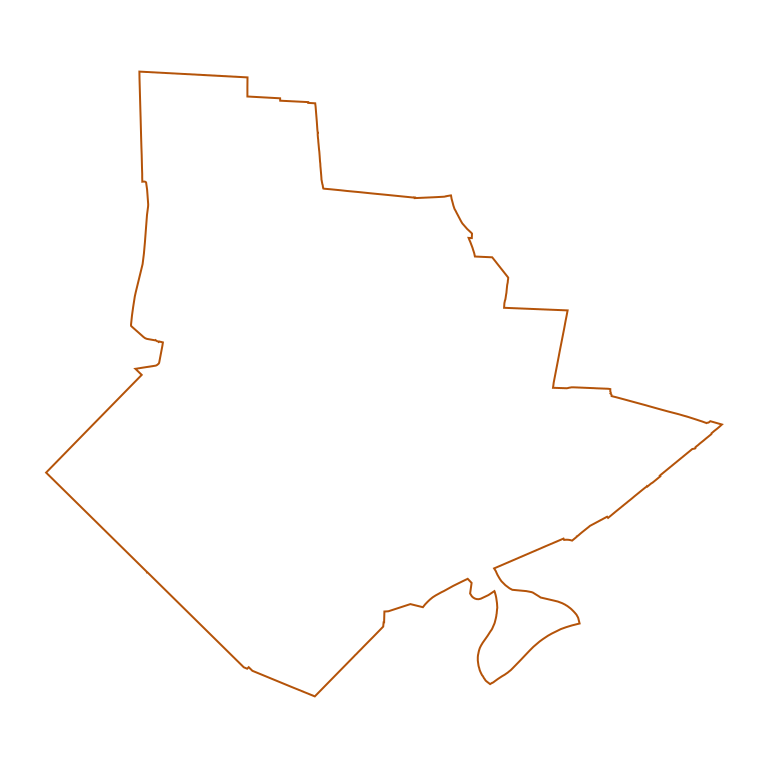 outline of Waddinxveen, Zuid-Holland, Netherlands
{"feature_id": "6326949B29533481095238", "entity_name": "Waddinxveen", "entity_type": "district", "adm_level": 2, "iso_a3": "NLD", "parent_name": "Netherlands", "parent_adm1": "Zuid-Holland", "projection": "orthographic", "projection_center": [4.655, 52.044], "detail": "fine", "context": "isolated", "style": "outline", "palette": "amber", "viewbox_px": 768, "rotation_deg": 0, "n_neighbors": 0, "source": "geoboundaries", "source_scale": "gbopen_adm2", "svg_char_len": 5986}
<svg xmlns="http://www.w3.org/2000/svg" viewBox="0 0 768 768"><path d="M142.3,181.7L143.1,181.6L143.8,181.6L144.6,181.6L145.3,181.8L146.0,182.3L146.1,182.5L147.1,189.6L148.2,204.5L148.1,206.4L147.0,214.9L146.0,228.0L144.9,242.5L143.9,253.7L142.6,264.1L138.8,279.7L135.7,292.4L134.8,296.5L133.1,307.4L132.0,315.4L131.0,324.9L131.1,325.9L132.0,326.8L143.5,337.0L144.2,337.5L145.0,338.1L145.9,338.5L147.0,338.9L155.5,340.4L155.6,340.2L157.1,341.2L157.7,341.4L158.7,341.5L159.0,341.5L159.0,341.9L159.6,341.7L160.6,341.8L162.9,342.4L162.4,345.7L159.4,361.5L159.1,362.9L158.7,363.6L157.2,364.9L156.1,365.5L155.3,365.7L135.4,368.8L141.7,374.9L117.4,399.7L93.4,424.2L46.1,472.6L64.9,491.1L147.1,572.1L146.9,572.3L146.9,572.5L147.0,572.6L147.3,572.5L147.5,572.4L187.4,611.7L243.8,667.3L247.2,668.7L248.7,667.2L252.4,670.8L291.2,686.8L314.8,696.4L353.9,656.5L355.4,654.9L356.3,654.1L358.3,652.0L361.3,649.0L363.6,646.6L370.9,639.2L372.9,637.2L380.5,629.4L383.2,626.6L383.6,622.3L384.1,622.3L384.4,611.5L388.3,611.3L410.4,604.1L422.9,607.2L425.1,604.4L427.6,601.8L429.9,599.6L432.7,597.3L435.7,595.4L441.5,592.2L443.8,591.1L453.2,585.9L461.7,581.7L467.7,578.8L471.6,582.9L470.1,593.5L471.9,596.4L473.4,597.7L475.0,598.6L476.7,599.1L478.6,599.2L480.8,598.7L488.4,595.1L494.4,591.1L494.6,591.5L494.9,592.4L495.2,593.6L495.6,594.9L496.2,597.6L496.5,599.7L497.0,603.2L497.1,604.8L497.3,607.9L497.2,608.4L497.1,608.9L496.8,612.0L496.7,613.1L496.7,613.5L496.4,614.8L496.4,615.1L496.3,616.0L495.8,618.4L495.4,620.0L494.7,622.8L494.2,624.1L493.7,625.2L492.2,628.7L491.5,629.9L490.7,631.0L489.9,632.2L488.9,633.8L487.4,636.1L482.6,642.9L482.1,643.8L481.4,644.9L480.7,646.2L480.3,647.0L479.7,648.3L479.4,649.3L479.0,650.5L478.6,652.3L478.4,653.3L478.3,653.9L478.0,655.1L477.9,656.2L477.8,657.2L477.8,658.0L477.8,658.8L477.8,660.5L478.2,663.5L478.5,665.6L478.7,666.5L479.1,667.7L479.5,669.3L479.7,670.1L480.0,670.8L480.3,671.6L480.6,672.2L480.8,672.7L481.2,673.5L481.7,674.5L482.0,675.1L482.9,676.2L483.9,678.0L484.1,678.4L484.5,678.8L484.9,679.4L485.5,680.4L486.1,681.0L486.4,681.2L486.7,681.5L490.1,684.1L492.0,682.9L492.4,682.9L494.2,681.7L494.4,681.5L497.7,679.1L499.5,677.9L502.1,676.2L504.7,674.7L506.1,673.7L507.6,672.7L508.9,671.6L510.8,670.1L512.8,668.1L520.5,660.2L525.8,654.6L529.7,650.5L533.4,646.8L539.6,641.5L542.9,639.1L548.0,635.7L551.9,633.5L556.6,631.2L560.8,629.1L566.1,627.2L572.0,625.4L579.6,623.5L578.5,619.1L578.3,618.2L577.9,617.3L577.5,616.5L577.0,615.7L576.6,614.9L576.1,614.2L575.5,613.6L575.0,612.9L574.4,612.3L573.8,611.6L573.2,611.0L572.6,610.4L572.0,609.8L571.4,609.2L570.7,608.6L570.1,608.1L569.4,607.6L568.4,606.8L567.7,606.3L567.0,605.8L566.2,605.4L565.5,604.9L564.8,604.5L564.0,604.1L563.2,603.7L562.5,603.3L561.7,603.0L560.9,602.7L560.1,602.4L558.5,601.8L557.7,601.5L556.4,601.2L554.8,600.8L553.1,600.4L540.6,597.5L538.7,596.2L536.1,594.6L532.9,592.6L531.5,592.1L526.3,591.1L516.5,590.2L512.3,589.8L509.5,588.3L505.4,585.2L501.4,581.2L499.7,578.7L497.6,575.1L496.7,573.2L495.8,571.1L494.1,568.4L546.1,546.0L563.5,538.6L564.1,539.9L566.4,539.7L568.5,539.8L570.3,540.1L572.1,540.6L575.3,538.0L575.9,537.5L576.9,536.6L576.9,536.4L577.1,536.4L578.6,535.2L580.3,533.7L582.6,531.8L587.0,528.3L588.4,527.2L588.9,526.8L589.9,525.9L607.1,516.7L608.1,517.9L610.4,516.0L615.7,511.6L619.3,508.7L623.7,505.1L627.2,502.3L627.5,502.0L630.4,499.7L632.1,498.3L634.7,496.1L640.0,491.8L642.7,489.6L645.2,487.6L645.5,487.4L646.1,487.0L646.5,486.6L646.9,486.1L647.4,486.6L651.1,483.5L652.6,482.6L660.3,476.3L659.8,475.6L692.3,449.0L693.6,448.8L694.2,448.7L695.0,448.5L695.4,448.2L695.5,447.8L695.4,447.3L696.6,446.2L697.7,445.4L700.1,443.3L703.5,440.6L706.1,438.4L708.1,436.8L711.4,434.1L711.5,433.3L714.3,430.9L717.0,428.8L719.6,426.6L721.9,424.5L710.3,421.2L709.1,422.2L708.4,422.6L707.0,422.8L706.6,423.1L702.2,421.5L700.0,420.8L696.7,419.7L688.3,417.0L677.5,413.9L668.2,411.5L660.5,409.4L653.7,407.5L645.2,405.1L637.8,403.1L626.8,400.1L616.8,397.4L611.6,396.1L611.5,394.9L611.4,394.6L611.3,394.4L611.1,394.2L610.9,393.9L610.5,393.5L610.7,393.3L610.8,392.9L610.7,392.3L610.3,391.6L610.3,389.1L609.1,388.9L608.6,388.8L606.6,388.7L596.2,388.3L594.8,388.2L585.2,387.8L580.5,387.6L575.5,387.4L572.5,387.3L572.0,387.3L571.5,387.3L570.1,387.6L569.9,387.6L568.8,387.8L568.5,387.9L567.7,388.1L567.1,388.2L566.8,388.2L566.2,388.3L565.7,388.2L565.1,388.2L553.0,387.8L553.1,387.1L553.3,385.8L553.7,382.6L557.0,365.5L558.8,356.1L559.6,351.8L564.1,328.9L565.5,321.3L566.5,316.3L567.6,310.4L504.1,307.8L504.4,303.1L504.7,301.8L504.9,300.7L505.0,300.3L505.1,300.2L505.3,299.7L505.6,298.0L506.0,295.2L506.2,294.0L506.4,293.0L506.8,288.7L507.2,284.9L507.7,282.6L507.8,281.5L507.9,280.3L508.1,279.3L508.2,277.6L492.2,257.3L476.6,256.6L474.9,256.5L474.3,253.6L473.6,251.3L473.2,250.1L472.5,247.8L470.2,241.7L469.6,240.4L468.6,237.9L471.8,238.1L472.0,233.6L471.4,232.9L467.2,229.0L462.4,223.5L461.7,222.4L460.8,220.8L459.5,218.3L458.8,217.0L458.2,215.8L456.8,213.2L455.6,210.8L454.5,208.9L453.4,205.6L452.6,202.5L451.6,198.9L451.0,195.4L450.8,195.4L446.2,196.2L446.2,196.3L444.2,196.7L435.0,197.2L414.9,198.1L415.0,197.5L414.0,197.4L414.0,197.6L406.0,196.8L384.1,194.6L376.7,193.9L371.6,193.4L359.1,192.1L347.2,191.0L341.0,190.3L329.8,189.2L324.0,188.7L323.3,188.5L322.9,186.7L322.7,185.1L322.3,183.9L322.2,183.2L321.9,181.8L321.8,181.1L321.7,180.5L321.5,179.9L321.4,177.9L321.2,175.2L320.6,168.2L320.4,166.1L320.3,163.7L320.1,162.1L320.0,161.1L319.6,155.3L319.3,151.5L319.0,149.1L318.6,144.7L318.3,141.6L318.2,139.8L318.1,139.0L318.0,138.3L317.9,137.2L317.7,134.7L317.7,133.5L317.8,133.2L318.0,133.1L318.0,132.8L317.8,132.8L317.7,132.7L317.4,130.1L317.3,128.8L316.8,121.5L316.1,112.9L315.6,106.6L315.4,105.0L315.2,103.3L308.2,102.9L308.2,102.1L280.2,100.7L280.1,98.3L247.4,96.5L247.4,87.2L247.5,77.4L139.4,71.6L139.5,78.3L140.3,107.4L140.6,117.6L141.0,132.7L141.1,136.7L141.4,146.8L141.7,155.2L142.0,168.0L142.2,173.8L142.2,177.6L142.3,181.2L142.3,181.7Z" fill="none" stroke="#b45309" stroke-width="2"/></svg>